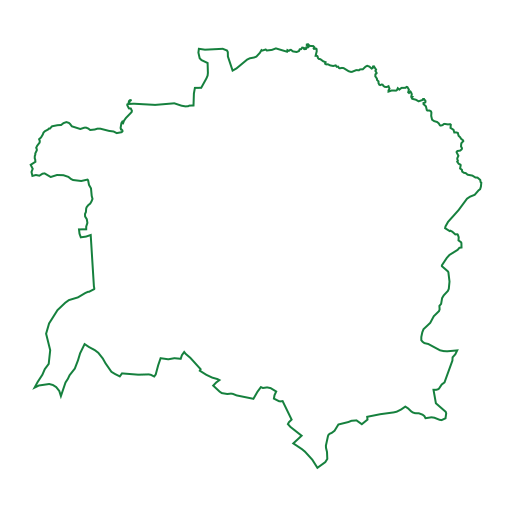 outline of Usiacurí, Atlántico, Colombia
{"feature_id": "7082276B65299122871620", "entity_name": "Usiacurí", "entity_type": "district", "adm_level": 2, "iso_a3": "COL", "parent_name": "Colombia", "parent_adm1": "Atlántico", "projection": "orthographic", "projection_center": [-74.979, 10.736], "detail": "fine", "context": "isolated", "style": "outline", "palette": "green", "viewbox_px": 512, "rotation_deg": 0, "n_neighbors": 0, "source": "geoboundaries", "source_scale": "gbopen_adm2", "svg_char_len": 5880}
<svg xmlns="http://www.w3.org/2000/svg" viewBox="0 0 512 512"><path d="M261.5,50.1L259.9,52.8L256.4,56.6L254.1,57.5L249.8,58.3L247.1,59.6L236.5,68.4L232.6,70.6L227.9,56.5L227.8,52.1L227.0,50.5L222.7,48.8L205.0,49.7L198.9,48.8L198.4,52.6L199.7,58.3L201.5,60.1L207.6,63.0L207.9,72.9L207.6,75.6L206.4,78.4L201.2,87.8L194.9,87.9L193.9,93.5L193.5,105.5L189.4,105.6L188.2,106.2L185.5,106.4L181.5,105.7L174.3,103.3L155.2,104.9L133.6,103.7L128.8,104.0L129.9,100.9L131.5,100.0L129.9,100.2L129.0,101.1L128.4,103.9L127.3,104.4L127.3,105.3L128.9,108.4L130.8,108.5L131.9,110.8L131.6,112.1L125.9,118.0L124.0,120.7L123.0,123.4L122.6,123.3L122.1,122.0L121.4,123.1L120.6,128.0L121.0,129.4L121.4,129.3L122.4,130.4L122.5,131.3L121.6,132.2L116.7,133.1L113.6,131.5L109.0,130.9L100.4,128.7L97.3,128.7L94.8,129.5L90.2,130.0L88.2,128.5L86.0,127.6L84.3,127.7L80.3,129.0L71.8,126.3L70.2,124.1L68.9,122.9L66.4,122.1L63.5,123.1L61.1,125.0L57.5,125.2L52.0,126.3L49.9,128.6L48.8,128.6L48.1,129.5L44.9,131.2L43.5,132.6L42.8,134.5L41.0,137.5L39.1,139.2L39.8,141.0L39.6,142.6L37.2,145.7L36.2,147.8L36.8,149.2L36.8,150.3L35.3,153.4L35.3,154.7L34.8,156.0L34.7,158.2L35.2,159.5L35.4,161.8L30.7,164.8L32.7,168.8L31.5,172.0L32.4,175.9L35.9,175.0L39.4,175.7L42.5,173.7L44.6,173.4L50.7,177.0L57.0,175.0L63.4,175.2L68.4,176.9L71.0,179.0L73.0,180.0L81.2,181.0L87.5,179.6L88.1,180.3L89.0,184.9L91.0,188.4L91.7,195.9L92.5,198.9L91.5,201.4L90.2,203.6L88.3,205.1L86.7,207.1L86.2,208.4L85.9,212.0L85.0,214.0L85.1,216.5L86.8,219.2L87.4,222.9L86.2,226.6L86.2,229.3L79.0,229.4L79.5,233.7L80.8,237.3L86.0,236.6L90.7,235.0L93.9,286.3L94.3,288.4L94.2,289.1L89.0,291.8L88.0,291.8L85.3,293.0L77.9,297.4L68.9,300.1L65.3,302.7L57.5,310.1L49.1,323.4L46.1,333.7L50.2,350.2L48.7,363.9L44.8,369.1L42.4,374.7L37.7,381.9L34.6,387.6L38.9,385.5L49.2,384.0L52.9,385.0L56.2,387.1L59.3,391.0L60.9,396.1L65.5,382.5L67.9,378.8L69.6,375.2L74.8,368.6L78.0,360.3L80.1,353.3L84.6,344.1L89.1,347.1L94.9,350.2L98.3,352.8L102.8,358.5L105.5,363.3L111.4,371.8L115.0,374.0L119.8,376.4L122.0,373.4L138.4,374.7L148.7,374.4L150.8,374.8L154.2,376.5L155.7,374.5L158.2,365.2L160.6,358.2L168.3,359.3L174.4,358.2L180.7,358.8L181.9,355.2L184.2,352.0L185.6,353.8L190.3,357.8L200.6,369.2L199.8,370.7L206.3,374.8L212.2,377.6L217.5,379.1L219.4,380.1L216.3,382.4L213.2,385.6L219.6,391.6L221.8,393.1L227.3,394.0L231.0,393.6L232.9,393.9L236.6,395.4L253.4,398.8L257.5,391.7L260.9,387.1L262.9,388.0L267.1,387.4L270.6,388.1L276.2,391.5L274.5,395.2L273.9,398.6L279.0,401.2L280.5,401.4L282.6,401.1L291.6,419.6L289.0,422.1L287.9,424.1L290.5,427.0L301.6,435.7L293.3,443.4L302.0,449.2L305.0,451.7L312.3,459.7L317.4,467.8L325.3,462.1L327.3,458.9L327.0,452.0L326.0,447.8L325.9,445.6L328.0,436.0L328.6,434.7L329.8,433.7L331.7,432.9L334.5,430.8L338.4,424.5L348.5,422.0L351.4,420.8L356.5,420.4L361.8,424.2L367.5,419.6L367.2,416.8L380.3,414.2L393.7,412.4L396.7,411.7L401.1,409.5L405.3,406.6L408.1,408.4L411.2,411.4L412.9,412.5L415.1,413.2L418.9,413.3L422.6,414.7L424.4,416.1L425.5,418.2L431.4,417.3L434.3,417.7L439.6,419.8L441.6,420.1L445.5,418.3L446.2,413.4L445.7,411.8L435.9,403.3L433.5,389.8L436.3,389.8L438.2,389.2L439.0,388.6L441.7,384.5L444.5,382.4L452.4,360.6L452.6,357.3L455.3,354.3L457.2,350.4L447.2,351.3L443.6,351.1L440.0,350.3L428.3,344.0L424.4,343.1L422.6,341.8L421.3,340.2L421.3,337.0L422.3,332.3L423.5,329.2L430.2,322.9L433.8,316.2L439.0,311.1L439.6,309.4L439.4,305.9L441.1,303.9L442.1,298.1L443.7,295.4L447.9,290.9L448.8,288.8L449.5,281.6L448.4,272.4L448.0,271.5L441.9,266.2L441.9,265.3L446.8,257.9L449.5,254.9L457.7,249.8L459.4,247.8L461.5,247.5L461.4,243.0L461.0,242.2L458.5,240.4L458.7,237.2L457.8,234.7L457.5,234.3L455.3,234.4L452.3,231.7L450.4,230.7L449.7,231.1L445.1,228.2L445.5,226.4L448.1,221.8L458.5,210.2L467.0,198.7L470.0,196.7L474.7,194.8L478.6,190.3L480.1,189.2L480.9,186.7L481.3,182.7L480.6,182.1L480.2,179.9L477.5,177.6L475.4,177.5L472.4,175.6L467.6,174.7L465.7,173.1L463.9,172.8L462.2,171.6L461.9,169.8L460.1,168.5L460.7,165.1L460.4,164.6L458.7,163.8L457.2,161.7L457.9,160.8L457.3,159.2L457.3,158.2L458.4,155.8L456.6,152.3L456.7,151.7L457.5,151.0L460.2,150.6L461.7,149.3L462.0,148.2L461.0,146.4L461.3,143.3L463.3,141.1L463.1,140.4L461.0,138.7L460.2,137.3L458.6,135.8L457.8,132.9L456.1,132.4L454.3,132.5L453.5,129.8L450.5,127.9L450.8,124.7L450.2,124.2L447.9,124.4L444.6,123.9L443.7,124.1L442.6,125.1L440.7,125.6L439.9,125.3L438.8,123.4L437.1,122.0L434.1,121.1L432.1,119.7L431.2,115.9L431.4,112.6L431.0,111.4L429.5,110.5L427.3,110.5L426.8,110.0L425.9,106.3L423.5,104.1L423.5,103.0L425.3,102.4L425.5,101.1L425.2,100.4L424.2,99.6L424.0,99.0L423.1,99.0L422.8,99.9L418.6,101.3L415.8,99.7L412.2,98.8L411.6,97.7L412.4,96.9L411.3,96.5L411.8,94.2L411.1,92.5L410.5,91.6L409.0,93.0L408.2,92.3L408.9,89.6L407.4,87.1L406.5,86.9L405.6,87.8L401.5,87.9L399.3,89.6L397.8,88.2L396.9,90.1L396.1,90.6L391.7,90.5L388.5,91.6L388.5,90.4L389.5,88.7L388.5,86.2L386.9,87.0L384.9,86.9L383.6,86.1L382.6,84.7L381.7,84.5L380.2,85.1L379.3,84.7L378.5,83.1L378.5,81.4L377.0,79.9L376.9,78.6L375.3,76.3L375.4,74.3L376.6,73.3L376.6,72.9L375.4,70.9L376.1,69.7L373.9,66.3L373.0,66.5L372.7,68.0L371.7,68.6L369.4,66.6L367.2,65.8L365.5,66.7L362.8,69.3L360.1,69.4L358.9,70.3L356.3,70.1L351.8,71.9L350.9,71.9L348.6,71.2L343.6,68.1L341.9,67.9L339.8,68.3L339.0,68.0L338.1,66.6L336.7,66.8L335.7,65.4L333.2,66.0L330.2,65.4L327.9,64.3L326.2,64.4L325.1,63.7L325.6,62.2L323.2,61.3L320.4,59.2L318.8,58.9L317.9,57.9L317.6,56.4L317.1,55.9L315.6,55.8L316.7,51.3L316.6,49.1L316.2,48.7L314.0,48.9L313.7,48.4L314.5,47.9L314.5,47.4L313.3,46.1L309.7,45.9L308.0,44.2L306.8,44.5L306.8,45.4L308.2,45.8L308.5,46.9L307.8,47.5L306.1,47.6L306.0,48.9L304.7,49.2L304.0,48.9L303.9,47.9L302.2,47.6L301.2,49.1L299.7,49.3L298.9,51.1L296.6,52.0L292.9,51.4L291.0,49.9L290.2,49.9L288.8,50.9L287.4,50.1L287.0,51.7L275.9,48.4L271.9,49.9L266.8,50.5L265.7,49.5L262.2,50.6L261.5,50.1Z" fill="none" stroke="#15803d" stroke-width="2"/></svg>